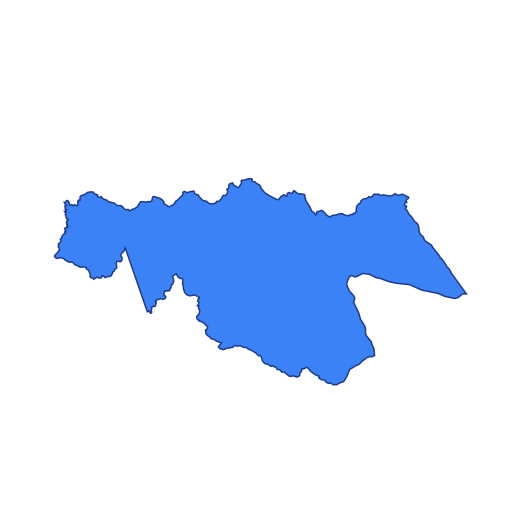 Caracolí, Antioquia, Colombia (Albers equal-area conic projection), rotated 320°
{"feature_id": "7082276B21568084054771", "entity_name": "Caracolí", "entity_type": "district", "adm_level": 2, "iso_a3": "COL", "parent_name": "Colombia", "parent_adm1": "Antioquia", "projection": "albers", "projection_center": [-74.748, 6.347], "detail": "fine", "context": "isolated", "style": "filled", "palette": "blue", "viewbox_px": 512, "rotation_deg": 320, "n_neighbors": 0, "source": "geoboundaries", "source_scale": "gbopen_adm2", "svg_char_len": 6146}
<svg xmlns="http://www.w3.org/2000/svg" viewBox="0 0 512 512"><g transform="rotate(320 256 256)"><path d="M168.9,304.2L169.7,304.4L170.3,306.2L170.9,306.9L174.6,308.0L179.3,311.0L182.3,311.0L183.4,312.7L186.5,314.7L187.9,318.2L189.8,319.8L190.2,322.5L191.6,324.6L193.6,330.4L193.7,333.8L195.3,335.3L195.2,336.5L193.5,340.6L193.4,342.2L193.8,344.5L195.6,346.8L196.5,350.0L197.0,350.5L198.3,350.8L198.6,352.5L199.7,353.5L199.4,356.8L201.1,358.2L201.1,361.7L202.8,362.6L204.2,369.4L204.9,370.3L207.5,371.8L209.4,374.9L210.2,375.4L212.4,375.7L214.3,373.9L216.5,373.7L218.2,372.0L220.1,373.1L223.2,373.9L223.8,374.8L223.7,378.5L224.3,382.3L225.5,386.1L227.0,388.4L225.8,389.8L226.5,392.6L227.0,393.4L228.5,394.2L228.6,397.4L229.5,399.9L231.8,401.9L232.4,404.4L233.6,405.0L235.1,406.5L238.8,407.1L241.7,408.4L243.3,408.4L248.7,406.4L254.4,403.3L255.6,403.2L262.4,404.3L265.3,405.2L269.8,404.8L275.9,405.2L278.6,406.2L280.2,407.8L282.9,408.4L286.4,403.5L287.9,398.5L289.2,395.8L289.3,387.6L290.5,385.2L293.0,382.4L294.3,379.5L295.4,371.5L298.1,365.7L301.0,354.2L303.7,352.6L305.0,350.9L305.3,348.4L305.0,342.5L306.8,337.0L307.5,335.7L308.6,334.8L313.2,332.2L314.9,332.0L316.9,332.6L318.0,335.1L319.3,336.3L326.6,338.0L330.4,342.1L331.3,343.2L334.1,349.8L336.6,352.8L341.3,361.0L346.3,367.4L355.3,376.7L360.9,388.4L371.8,402.3L374.5,408.0L381.0,416.4L384.6,417.9L387.8,417.7L389.8,418.0L391.1,418.7L392.8,420.3L394.6,395.2L395.7,389.8L395.2,386.8L395.9,384.2L396.5,377.6L395.9,375.6L396.6,374.2L396.9,362.4L397.4,360.5L395.4,353.5L395.5,350.9L396.4,349.3L395.9,345.2L396.6,342.2L399.0,339.0L400.3,335.4L400.3,333.7L399.6,332.0L400.4,326.2L400.0,321.9L400.9,319.1L400.8,315.9L403.0,315.1L403.1,313.8L402.4,312.8L403.1,311.6L404.2,311.4L405.9,311.8L406.2,311.6L406.3,310.1L408.0,309.5L409.7,309.9L410.7,309.1L407.8,302.7L404.2,301.1L403.0,299.2L402.8,297.7L399.4,297.3L397.6,296.5L394.1,292.7L393.2,291.2L390.6,290.0L389.7,287.5L385.8,284.4L383.2,285.2L381.2,284.6L380.6,283.1L378.7,283.3L374.5,281.3L371.9,281.2L370.5,282.4L368.7,282.1L366.3,282.4L364.3,283.2L361.7,286.0L359.0,286.9L357.9,285.9L356.5,286.3L355.7,285.5L351.7,283.9L350.0,281.0L349.4,279.0L346.3,276.9L344.3,276.4L340.6,274.1L337.5,273.6L336.2,269.7L336.4,267.2L336.0,264.2L335.2,262.9L333.1,262.5L331.5,261.3L330.3,261.7L328.8,263.1L328.2,263.0L328.3,260.1L327.5,257.3L328.7,253.4L329.8,246.1L331.1,242.8L332.6,240.6L332.4,239.6L330.0,236.9L328.4,235.9L327.1,230.4L326.5,230.3L323.8,231.2L323.2,230.7L322.0,228.5L321.2,228.2L320.0,228.4L318.1,229.9L317.6,229.9L317.2,229.2L317.0,227.4L316.5,226.9L313.2,226.5L309.6,227.3L308.3,226.3L304.9,218.1L303.4,213.1L303.4,207.4L304.2,205.6L304.2,203.4L303.0,200.7L302.9,198.8L301.2,196.3L301.3,195.6L302.5,194.6L301.7,193.3L299.6,191.8L295.8,190.4L293.6,188.8L292.9,189.0L291.4,191.1L289.3,191.5L287.7,192.4L286.6,192.2L285.9,191.5L285.3,189.2L284.4,188.0L285.0,184.9L282.2,183.8L281.1,184.1L279.1,186.1L278.1,186.4L276.5,186.2L275.6,188.7L272.9,190.1L271.3,189.9L270.0,188.6L269.3,188.5L266.0,190.0L262.3,190.2L261.3,188.9L259.0,189.5L256.1,188.1L253.9,185.9L253.2,182.1L251.0,179.3L250.6,174.4L251.0,172.1L248.9,169.0L250.0,167.1L250.0,166.3L246.7,164.3L244.2,163.4L243.6,162.8L243.1,160.9L241.7,160.2L240.8,160.4L239.8,161.6L238.7,162.1L232.5,162.7L229.8,162.5L227.0,163.5L224.7,163.4L221.0,162.4L219.2,157.0L220.3,154.9L219.9,151.0L217.5,146.9L215.6,144.4L214.6,144.5L212.0,146.5L210.6,146.6L209.3,146.1L208.3,144.9L206.8,144.3L202.8,140.4L201.1,140.5L196.6,142.0L192.9,141.6L191.5,140.8L188.3,140.3L188.1,138.3L185.5,136.3L185.4,132.2L184.9,130.6L182.0,128.0L181.4,124.3L177.8,119.5L177.7,117.6L175.5,113.7L175.6,111.1L173.8,110.8L172.8,108.2L173.9,107.2L172.5,105.1L172.3,102.2L171.9,101.7L168.2,99.1L164.7,98.8L160.2,97.3L159.3,97.6L156.8,100.4L156.5,100.4L156.1,99.2L155.7,99.1L154.5,99.8L152.7,102.0L151.1,102.4L149.9,100.1L148.3,99.8L147.9,98.3L146.1,97.5L147.4,94.0L147.2,92.2L146.4,91.8L144.5,92.4L143.6,91.7L143.1,94.0L143.2,95.3L142.0,94.9L141.4,95.2L141.0,96.4L139.9,97.5L140.5,98.8L139.4,99.0L139.2,99.9L138.0,98.9L137.8,100.9L136.6,101.6L135.1,105.4L135.5,106.8L134.8,106.9L134.8,107.9L133.8,107.7L132.7,108.1L131.9,109.2L132.0,110.3L131.2,110.3L131.0,111.6L130.0,111.7L130.0,112.9L127.2,111.8L126.2,114.8L125.9,115.0L125.4,114.5L125.2,115.5L124.5,115.4L124.1,116.1L123.2,115.6L120.3,116.1L118.0,117.5L117.1,117.2L115.7,119.5L114.7,119.8L112.6,119.6L112.1,120.7L111.0,121.1L110.3,122.1L110.2,123.9L109.2,125.0L105.2,126.0L102.3,126.1L101.4,126.9L101.3,127.9L101.6,129.4L102.4,130.2L105.0,131.5L106.4,132.9L107.1,134.7L107.1,136.3L108.5,140.0L109.5,141.3L110.9,142.0L111.5,143.0L111.7,146.6L112.7,147.7L114.0,151.4L118.7,155.1L118.6,155.7L117.7,156.4L118.5,158.9L118.5,160.0L117.6,161.9L117.4,163.7L115.8,164.7L115.4,166.1L116.8,168.0L116.8,169.5L120.7,170.0L121.9,172.4L123.0,173.2L123.9,173.1L125.0,172.2L125.7,172.3L126.2,173.0L126.4,175.4L129.7,176.8L131.0,177.8L132.2,178.0L134.4,177.3L135.8,176.2L137.5,176.4L138.7,175.7L141.6,175.6L144.6,171.4L145.7,170.7L147.0,171.1L148.2,173.2L150.2,173.3L152.4,171.1L152.8,168.9L153.7,167.8L158.1,167.3L161.1,165.6L136.9,228.9L138.9,229.5L138.3,231.9L139.1,232.3L139.9,232.1L140.9,230.1L142.2,229.4L143.1,228.1L143.8,228.1L144.3,228.6L145.3,228.4L146.1,229.6L146.6,229.7L149.5,227.7L149.4,226.9L150.1,226.8L150.7,225.5L155.7,227.5L156.9,229.4L158.5,230.1L159.5,230.0L160.8,229.1L160.5,226.7L161.7,225.1L163.8,224.2L164.0,224.8L165.2,225.3L166.4,226.5L168.2,226.8L169.1,225.8L170.3,225.7L172.3,224.0L174.1,224.0L176.8,222.4L178.0,220.6L179.0,217.7L183.4,218.4L182.8,222.4L183.7,224.8L184.8,225.6L184.9,226.6L184.5,227.6L183.5,228.2L182.4,229.9L181.6,230.4L180.8,232.8L179.5,234.1L178.0,238.1L178.0,241.2L179.7,244.0L184.1,246.6L186.0,251.2L185.5,252.1L184.1,251.7L182.3,253.3L182.5,254.5L182.1,255.1L180.6,256.1L179.2,256.4L180.1,257.6L178.5,258.8L177.7,261.8L175.6,263.7L171.7,264.2L170.4,266.4L170.7,267.8L170.5,269.4L171.4,270.0L172.8,273.2L173.4,278.9L172.9,279.8L171.7,280.4L169.5,280.3L169.0,282.0L167.8,283.0L167.8,286.1L168.5,288.1L168.4,290.0L170.9,294.5L170.8,295.6L173.8,300.3L169.0,301.3L168.7,301.7L168.9,304.2Z" fill="#3b82f6" stroke="#1e3a8a" stroke-width="1.5"/></g></svg>